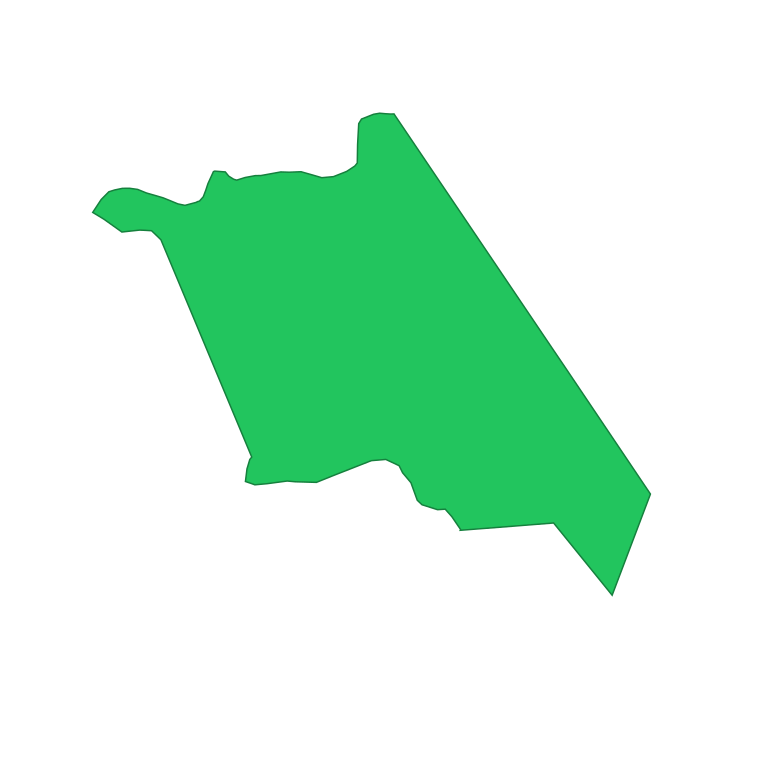 Morne Tabac, Soufrière, Saint Lucia, rotated 248°
{"feature_id": "8701671B46937841277831", "entity_name": "Morne Tabac", "entity_type": "district", "adm_level": 2, "iso_a3": "LCA", "parent_name": "Saint Lucia", "parent_adm1": "Soufrière", "projection": "equal_earth", "projection_center": [-61.03, 13.874], "detail": "fine", "context": "isolated", "style": "filled", "palette": "green", "viewbox_px": 768, "rotation_deg": 248, "n_neighbors": 0, "source": "geoboundaries", "source_scale": "gbopen_adm2", "svg_char_len": 1383}
<svg xmlns="http://www.w3.org/2000/svg" viewBox="0 0 768 768"><g transform="rotate(248 384 384)"><path d="M652.2,178.2L641.9,185.9L623.1,197.9L620.9,205.7L618.2,215.2L616.0,220.0L613.2,225.9L601.3,231.2L527.7,232.1L365.8,234.0L364.3,231.3L357.3,225.7L356.7,225.2L353.8,223.6L345.5,219.0L340.9,224.3L338.9,226.5L337.2,232.2L335.4,238.1L330.3,257.9L326.8,264.7L326.6,265.1L318.1,284.5L318.1,300.8L317.7,341.5L317.6,343.8L314.4,354.1L313.4,357.4L309.1,361.4L302.6,367.4L299.0,367.7L294.7,368.0L292.3,368.8L282.4,372.0L271.7,371.6L263.7,371.3L257.8,374.0L248.7,385.0L247.4,386.6L245.0,393.9L241.5,395.1L235.6,397.2L220.4,400.5L220.1,400.2L219.8,399.9L204.1,449.5L191.6,489.2L102.7,516.4L181.8,589.5L182.2,589.8L330.6,558.4L355.3,553.1L491.0,524.2L629.3,494.7L630.6,494.5L632.0,490.9L633.9,486.9L636.7,481.4L638.0,475.4L638.1,462.4L634.9,458.1L615.9,449.2L598.9,442.0L597.0,438.5L595.1,429.0L595.1,426.0L595.2,414.8L598.6,403.6L604.6,396.0L611.9,386.6L615.9,375.4L619.3,367.7L623.4,347.9L625.4,342.8L627.5,332.5L628.2,323.8L630.2,321.3L634.9,317.9L640.1,316.3L644.8,306.8L644.8,305.4L635.7,295.8L630.5,291.4L625.3,286.6L622.7,281.4L623.0,279.0L622.7,278.4L624.2,266.4L628.2,260.4L634.1,254.4L639.4,248.9L644.1,243.0L650.1,235.3L656.7,228.5L660.7,221.6L663.4,214.8L664.8,207.0L665.3,200.9L661.0,190.9L653.2,179.6L652.2,178.2Z" fill="#22c55e" stroke="#15803d" stroke-width="1.5"/></g></svg>